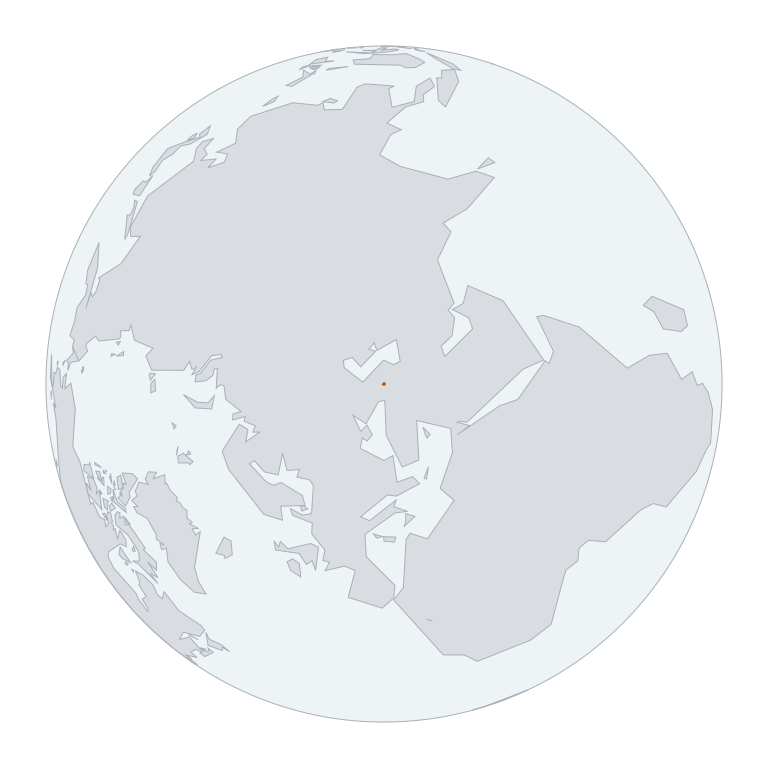 the Earth from above Qazax, rotated 258°
{"feature_id": "AZE-1684", "entity_name": "Qazax", "entity_type": "District", "adm_level": 1, "iso_a3": "AZE", "parent_name": "Azerbaijan", "parent_adm1": "", "projection": "orthographic", "projection_center": [45.184, 41.159], "detail": "fine", "context": "on_globe", "style": "filled", "palette": "amber", "viewbox_px": 768, "rotation_deg": 258, "n_neighbors": 0, "source": "natural_earth", "source_scale": "10m", "svg_char_len": 11175}
<svg xmlns="http://www.w3.org/2000/svg" viewBox="0 0 768 768"><g transform="rotate(258 384 384)"><circle cx="384" cy="384" r="338" fill="#eef3f6" stroke="#a8b0b8"/><path d="M336.9,49.4L338.0,49.3L349.6,48.0L356.6,47.4L381.7,50.5L419.0,56.0L434.4,56.5L428.2,58.1L459.7,59.1L482.3,65.0L454.5,59.4L450.0,59.8L464.2,63.8L462.6,65.2L468.5,68.2L465.3,69.9L449.4,67.4L447.0,68.6L457.2,71.5L460.4,75.6L445.8,71.0L449.9,77.9L424.1,76.9L387.6,66.6L370.9,70.4L327.2,72.2L328.8,74.7L313.3,78.1L309.5,82.4L302.5,82.3L305.5,86.0L312.6,85.4L316.3,87.0L314.7,89.8L305.5,89.8L304.9,88.4L301.4,89.9L297.5,88.9L298.5,91.0L287.5,91.2L295.9,95.2L285.1,99.0L278.4,98.1L282.5,92.6L277.1,79.5L271.7,78.3L259.9,81.4L230.7,97.9L223.3,99.5L210.8,105.6L213.3,106.8L223.9,102.6L225.5,107.3L238.4,102.5L240.9,104.0L252.8,102.0L247.3,108.5L235.5,116.3L225.4,118.5L219.9,122.3L226.6,125.7L204.9,136.2L185.6,154.9L180.4,157.4L175.5,151.1L183.0,136.1L176.7,131.1L177.0,141.1L163.9,148.5L160.2,152.9L158.7,156.8L162.2,156.9L156.9,161.2L154.6,152.1L159.4,148.0L160.1,150.7L163.5,144.1L161.9,139.4L155.4,144.3L159.8,134.5L155.2,138.2L153.6,138.6L160.6,133.2L148.1,143.1L150.5,139.8L170.2,122.3L191.2,106.5L213.3,92.3L236.6,79.9L260.7,69.4L285.5,60.8L311.0,54.1L336.9,49.4ZM46.6,402.4L47.7,415.5L52.3,445.1L55.0,460.8L55.1,461.8L49.5,432.3L46.6,402.4ZM360.0,47.2L350.0,48.0L340.1,48.9L348.6,47.9L360.0,47.2ZM378.5,47.4L373.4,47.7L370.9,46.9L374.6,47.0L378.5,47.4ZM445.7,57.0L437.9,55.4L446.1,56.6L445.7,57.0ZM469.9,68.4L472.6,68.6L474.5,70.2L469.9,68.4ZM255.0,98.7L253.9,100.3L252.2,99.8L255.0,98.7ZM261.2,96.5L260.1,94.7L262.9,93.5L263.5,94.5L261.2,96.5ZM471.4,74.3L473.7,77.2L468.6,73.7L471.4,74.3ZM261.9,99.0L267.9,91.5L272.8,89.4L279.3,92.0L261.9,99.0ZM473.2,78.6L478.8,86.5L485.4,87.2L470.0,90.3L470.3,82.1L463.1,77.5L469.9,79.5L473.2,78.6ZM315.6,84.1L307.9,84.8L315.8,81.8L315.6,84.1ZM319.7,81.8L338.7,71.5L349.2,72.3L340.7,75.3L355.6,74.8L351.4,80.2L342.3,81.6L336.3,79.9L339.3,83.4L319.7,81.8ZM460.7,91.1L459.7,92.9L457.7,90.6L460.7,91.1ZM318.4,87.4L321.3,85.0L330.6,85.4L326.6,90.3L324.8,88.6L318.4,87.4ZM361.5,72.3L367.8,73.8L366.1,78.5L368.3,79.8L352.2,80.4L361.5,72.3ZM321.9,89.9L324.2,92.9L318.4,95.4L316.2,89.8L321.9,89.9ZM334.8,83.6L339.0,84.1L335.3,85.4L334.8,83.6ZM298.9,106.7L302.1,103.3L307.3,103.1L298.9,106.7ZM325.5,93.9L327.5,93.1L329.9,92.8L330.2,95.3L325.5,93.9ZM352.2,83.8L350.2,85.7L358.6,83.8L357.7,87.6L347.2,87.5L351.3,89.1L351.1,90.4L342.8,89.0L352.2,83.8ZM337.7,97.0L324.0,98.9L316.8,105.0L312.0,105.1L324.4,95.5L337.7,97.0ZM341.4,92.4L338.0,95.2L333.8,93.7L333.5,90.9L341.4,92.4ZM360.9,90.4L365.0,84.5L367.2,84.8L360.9,90.4ZM336.4,99.0L339.8,98.6L336.4,99.6L336.4,99.0ZM354.3,93.2L355.5,91.0L357.9,91.4L354.3,93.2ZM345.5,99.7L341.1,100.2L340.7,98.2L345.5,99.7ZM350.2,97.0L353.3,98.0L343.2,97.1L350.3,95.9L350.2,97.0ZM356.4,93.9L358.3,93.4L355.6,94.8L356.4,93.9ZM349.4,107.6L336.8,107.0L336.0,102.3L348.4,103.4L349.4,107.6ZM103.0,474.2L93.3,417.6L102.2,406.3L106.7,385.6L170.6,348.6L180.8,360.6L227.3,373.3L232.6,378.5L223.5,394.2L255.6,428.3L270.2,417.2L302.7,436.7L326.7,440.0L341.5,408.4L302.3,402.2L299.0,384.6L333.2,375.5L368.0,381.4L367.8,374.9L348.8,358.2L359.8,347.2L342.6,351.4L347.3,358.8L336.7,362.0L331.7,355.6L335.7,351.7L326.1,347.2L309.1,368.0L312.2,377.8L285.1,376.3L287.5,392.8L279.1,398.1L271.8,372.5L274.8,364.3L258.9,333.4L253.3,341.6L268.0,371.7L262.0,368.0L254.5,380.6L255.6,368.1L241.0,334.2L218.6,330.8L184.7,352.9L172.7,349.0L165.1,335.7L182.7,304.6L207.5,317.1L214.1,307.5L213.7,287.7L221.2,293.6L224.1,287.5L233.9,291.6L252.3,282.2L262.9,284.9L274.5,267.3L281.5,266.6L272.7,277.0L272.3,286.2L299.3,293.8L305.8,291.2L311.1,279.4L317.9,283.5L319.6,271.2L337.3,270.4L317.1,261.6L322.9,248.8L335.9,241.3L334.1,235.8L312.9,248.3L307.8,254.9L309.1,262.8L291.8,281.0L281.5,281.6L286.0,257.6L271.9,256.3L281.5,239.3L332.9,214.2L352.1,211.8L374.7,234.1L367.7,241.4L356.1,236.7L362.8,252.6L364.2,245.7L369.8,249.5L376.7,239.4L381.0,241.6L380.3,228.4L386.3,230.1L386.7,238.5L402.1,226.0L415.9,227.2L417.3,223.4L414.8,219.0L433.9,224.2L434.1,221.2L427.9,218.3L424.3,210.7L425.3,199.6L431.8,201.9L432.3,206.2L443.3,219.4L443.7,231.2L446.5,231.2L447.7,221.5L434.3,205.3L433.1,198.1L440.5,204.7L437.7,201.7L439.1,198.9L446.7,198.5L439.0,191.0L445.8,159.7L461.1,156.8L467.0,165.6L478.6,149.0L494.9,148.7L489.2,145.8L490.9,137.0L485.8,136.8L483.2,134.9L485.3,114.2L490.9,111.8L485.3,101.3L482.4,100.1L477.9,101.1L470.0,90.3L485.4,87.2L491.3,90.1L496.9,86.9L509.6,94.4L522.6,99.7L533.3,110.9L542.7,114.8L543.8,113.2L557.4,118.0L581.7,134.7L557.2,128.0L519.9,108.1L534.7,116.4L529.9,116.9L534.3,121.5L544.9,127.7L547.0,126.8L556.5,151.9L579.1,176.4L581.0,167.0L589.7,168.2L617.1,191.9L641.5,244.1L653.3,249.4L659.0,257.1L659.6,268.1L651.4,257.0L645.5,258.8L640.7,251.4L639.0,266.5L632.1,256.6L634.2,274.0L641.5,278.8L645.6,268.5L650.3,288.8L663.8,293.8L673.5,309.4L678.1,353.2L670.5,376.7L671.8,382.8L664.6,382.6L661.3,400.5L679.8,419.2L681.5,428.0L673.3,456.0L672.0,450.1L653.0,449.4L654.0,472.1L668.5,477.5L673.7,492.6L664.5,495.3L658.7,482.4L651.9,481.6L650.5,462.9L638.7,441.0L629.1,453.9L626.8,442.7L609.0,427.4L593.5,445.1L571.1,489.2L573.1,518.2L563.1,534.8L538.3,502.1L529.1,475.2L518.9,481.2L494.3,462.1L448.4,469.3L443.0,462.0L434.1,466.9L417.0,460.5L409.1,447.8L398.3,449.3L419.5,482.2L431.3,480.6L442.7,466.3L446.3,478.1L462.9,486.5L440.6,517.8L374.2,545.3L369.7,523.3L329.4,457.3L331.7,450.0L331.6,449.2L331.2,447.6L325.5,459.2L319.3,445.5L338.7,492.7L341.1,511.7L373.3,546.5L369.8,549.8L380.7,556.6L418.1,547.4L417.9,554.5L399.0,586.9L348.9,625.2L356.8,649.3L355.2,667.4L326.6,676.0L331.9,688.0L317.5,690.0L318.5,695.6L308.5,699.3L290.9,700.1L257.9,691.1L253.6,686.3L233.7,671.4L205.1,634.6L211.1,622.4L207.2,608.5L183.6,567.9L188.6,551.4L182.8,540.6L170.6,536.8L164.3,523.4L157.1,519.3L114.3,497.6L103.0,474.2ZM145.0,376.2L142.3,382.1L145.0,376.2ZM402.8,404.6L424.9,405.3L418.4,384.1L426.4,382.9L421.2,376.5L417.8,382.7L405.7,364.9L416.5,358.4L415.6,349.0L408.1,348.5L390.3,363.6L407.4,388.6L400.9,397.5L402.8,404.6ZM164.1,149.0L164.1,149.9L161.6,154.3L160.7,153.2L164.1,149.0ZM162.9,170.4L154.5,177.1L159.9,171.2L157.0,170.4L164.8,157.6L178.1,158.1L170.7,159.9L162.9,170.4ZM178.9,141.8L172.4,149.1L179.0,141.1L178.9,141.8ZM230.2,252.2L232.0,258.2L226.0,263.9L212.6,262.5L221.1,253.9L230.2,252.2ZM236.0,265.5L244.2,243.3L252.9,243.9L246.6,247.2L251.6,249.9L242.8,255.9L243.2,279.2L237.9,286.0L215.9,278.4L226.0,276.8L223.6,270.7L236.0,265.5ZM249.6,192.2L253.3,184.4L267.5,195.6L262.4,201.7L248.6,200.1L246.5,192.1L249.6,192.2ZM272.2,105.9L272.7,103.6L275.2,103.3L276.9,105.2L272.2,105.9ZM300.0,105.1L272.8,116.4L272.0,114.1L257.0,124.4L249.0,122.7L259.0,115.8L241.7,122.7L247.4,115.9L235.9,121.4L258.9,106.4L263.3,101.2L261.4,107.6L268.6,109.2L273.1,108.4L289.1,102.3L302.3,92.6L311.6,93.4L314.6,96.6L312.9,99.0L307.4,97.6L309.0,101.9L299.7,101.8L300.0,105.1ZM344.9,143.1L339.3,138.7L340.9,150.7L331.7,149.2L332.4,150.7L324.3,152.9L315.8,158.3L312.1,156.7L310.4,159.6L305.0,161.4L301.4,164.9L293.5,163.5L288.5,167.8L287.6,164.7L281.1,172.8L282.4,166.2L275.6,168.4L277.9,173.6L244.2,160.6L229.0,161.5L215.6,166.2L219.7,155.3L235.0,144.3L254.7,135.8L268.7,137.0L268.0,132.2L274.5,131.6L272.3,135.6L279.6,129.1L284.4,129.8L301.9,124.4L309.5,115.6L316.1,113.7L315.5,117.6L322.5,113.1L325.9,119.3L330.7,118.3L338.9,123.8L335.0,132.4L340.7,130.7L347.1,135.3L344.9,143.1ZM351.4,109.3L348.8,119.0L342.5,123.3L331.0,112.1L326.1,112.2L318.5,105.9L327.8,100.1L329.1,102.3L332.6,103.2L328.3,104.6L334.3,104.2L336.3,107.4L341.6,108.0L339.3,110.9L351.4,109.3ZM240.7,374.3L245.2,376.7L252.6,378.4L248.0,386.7L240.7,374.3ZM230.3,351.4L234.7,351.8L231.8,363.6L227.2,361.4L230.3,351.4ZM239.5,342.4L235.1,350.9L234.7,345.0L239.5,342.4ZM277.0,277.0L281.9,277.0L281.5,280.0L277.6,283.5L277.0,277.0ZM347.7,181.1L345.5,177.2L347.6,176.1L349.4,166.5L356.4,167.3L358.0,173.3L347.7,181.1ZM333.5,413.2L325.2,418.6L322.2,415.0L325.6,413.9L333.5,413.2ZM283.5,403.6L293.8,410.3L282.1,405.8L283.5,403.6ZM355.7,180.3L355.6,176.1L359.1,179.1L355.7,180.3ZM361.6,167.4L366.2,170.0L357.5,166.3L361.6,167.4ZM414.1,664.5L394.2,692.8L377.9,693.0L373.5,685.5L379.8,668.6L398.4,663.1L407.1,654.0L414.1,664.5ZM704.0,487.5L706.3,482.5L706.0,483.9L704.0,487.5ZM701.7,489.8L705.0,483.3L700.6,493.4L701.7,489.8ZM706.2,480.8L709.4,471.6L710.9,466.7L710.2,469.6L706.2,480.8ZM699.2,494.4L682.6,518.1L675.1,524.1L677.6,517.8L689.7,504.0L699.2,494.4ZM677.0,518.4L664.5,520.0L642.1,501.7L650.3,496.2L672.6,499.2L671.3,504.2L678.9,505.5L677.0,518.4ZM704.1,461.6L702.7,474.2L694.2,486.6L690.0,490.7L687.1,480.5L688.8,470.9L692.5,466.2L702.9,421.7L707.4,421.1L705.1,437.8L708.5,442.0L704.1,461.6ZM574.8,520.2L583.5,533.0L577.6,538.4L574.8,520.2ZM704.1,395.8L701.9,415.0L703.0,392.7L704.1,395.8ZM702.9,377.3L704.6,382.5L701.6,380.2L702.9,377.3ZM674.5,391.0L670.7,397.4L669.2,393.4L673.0,382.9L674.5,391.0ZM680.8,322.9L686.3,335.1L687.5,340.2L683.1,335.4L680.8,322.9ZM415.4,185.6L405.0,197.6L402.2,207.8L407.9,215.6L395.4,210.3L399.8,194.5L415.4,185.6ZM441.4,162.4L436.3,156.4L441.4,156.1L443.2,157.5L441.4,162.4ZM436.3,160.8L424.8,159.1L423.8,153.9L433.1,156.3L436.3,160.8ZM390.0,168.7L386.5,172.0L383.7,169.4L390.0,168.7ZM674.3,557.0L674.6,556.4L675.8,554.5L674.3,557.0ZM709.6,473.7L713.9,456.6L715.2,451.2L709.6,473.7ZM721.0,409.5L721.0,408.9L721.4,403.2L721.0,409.5ZM721.5,400.3L720.8,406.2L721.8,392.1L721.8,392.9L721.5,400.3ZM718.0,429.5L717.6,432.9L717.1,433.6L718.0,429.5ZM719.0,423.9L720.2,417.9L718.6,427.2L719.0,423.9ZM710.4,440.5L711.4,445.0L714.7,432.4L712.2,445.0L713.4,450.9L712.2,457.1L711.2,450.2L709.3,464.9L707.7,468.2L707.8,459.2L709.9,442.2L711.4,433.1L716.7,416.1L710.4,440.5ZM719.3,415.4L718.8,409.6L719.0,402.4L719.7,404.1L719.3,415.4ZM715.4,396.9L712.0,393.5L710.3,402.8L712.2,378.1L715.5,385.3L715.4,396.9ZM710.2,381.1L708.8,389.7L709.2,376.5L710.2,381.1ZM707.6,387.8L705.8,381.6L707.7,378.4L707.6,387.8ZM711.2,378.7L708.9,366.3L711.2,370.9L711.2,378.7ZM701.0,368.4L707.7,370.6L701.6,377.3L694.3,355.9L696.4,350.6L701.0,368.4ZM668.1,253.6L663.7,248.8L663.6,242.9L666.7,247.9L668.1,253.6ZM659.3,221.5L662.2,239.9L663.8,255.7L666.5,255.2L672.7,267.8L665.0,263.0L659.1,244.6L659.0,234.6L652.7,225.1L648.8,213.7L639.9,204.7L636.1,197.8L644.2,203.2L659.3,221.5ZM635.9,201.3L619.0,184.0L621.7,178.1L626.1,180.5L632.7,190.8L630.9,193.2L635.9,201.3ZM615.7,178.3L613.7,180.7L584.6,165.0L579.2,160.4L602.8,168.0L602.2,170.9L608.8,176.2L615.7,178.3ZM463.3,93.7L460.0,93.0L462.7,92.2L463.3,93.7ZM480.4,135.0L477.3,132.2L480.5,131.0L480.4,135.0ZM470.4,124.0L468.9,127.3L467.8,122.8L470.4,124.0ZM466.0,135.0L467.0,128.1L469.9,136.2L466.0,135.0Z" fill="#d9dde1" stroke="#a8b0b8" stroke-width="1"/><path d="M383.9,384.3L384.1,384.2L383.8,383.8L383.7,383.8L383.4,383.8L383.3,383.7L383.2,383.2L383.6,382.9L383.6,383.0L383.8,383.2L384.1,383.3L384.3,383.4L384.9,383.5L385.0,383.7L384.8,384.1L384.8,384.3L384.9,384.6L384.9,384.8L384.7,385.0L384.4,384.9L384.2,384.9L384.0,384.7L383.9,384.7L383.7,384.5L383.4,384.5L383.5,384.3L383.9,384.3ZM383.1,384.5L383.3,384.5L383.3,384.8L383.1,384.7L383.1,384.5ZM384.0,384.9L384.0,385.0L384.0,384.9L384.0,384.9Z" fill="#f59e0b" stroke="#b45309" stroke-width="1.5"/></g></svg>